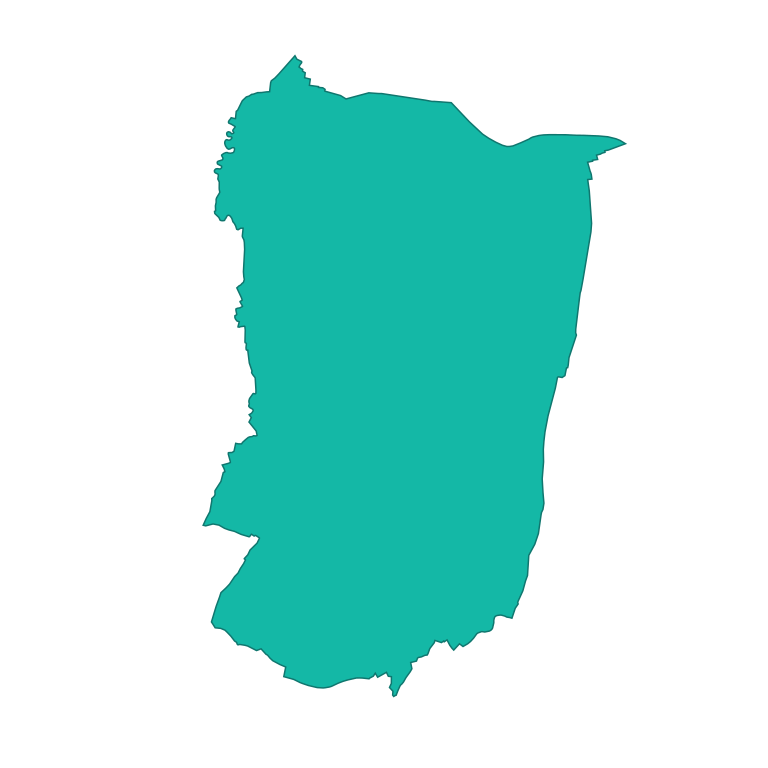 outline of Phak Hai, Phra Nakhon Si Ayutthaya, Thailand, rotated 279°
{"feature_id": "78962969B77944548728252", "entity_name": "Phak Hai", "entity_type": "district", "adm_level": 2, "iso_a3": "THA", "parent_name": "Thailand", "parent_adm1": "Phra Nakhon Si Ayutthaya", "projection": "albers", "projection_center": [100.331, 14.454], "detail": "fine", "context": "isolated", "style": "filled", "palette": "teal", "viewbox_px": 768, "rotation_deg": 279, "n_neighbors": 0, "source": "geoboundaries", "source_scale": "gbopen_adm2", "svg_char_len": 6116}
<svg xmlns="http://www.w3.org/2000/svg" viewBox="0 0 768 768"><g transform="rotate(279 384 384)"><path d="M672.4,406.4L671.0,389.7L670.6,387.1L670.8,380.4L670.5,336.3L670.0,332.8L669.2,323.4L659.6,301.9L662.1,296.0L664.0,279.8L664.2,279.6L665.8,279.7L667.0,277.2L666.7,272.9L667.5,272.8L667.3,263.6L673.6,263.5L674.1,257.7L679.1,257.5L680.2,254.6L682.0,254.5L682.8,252.1L683.4,251.4L683.8,250.5L685.9,251.0L688.3,252.3L688.9,252.4L689.6,252.1L691.2,247.1L694.3,244.7L673.9,231.7L669.0,228.3L665.9,225.3L664.0,224.9L654.8,225.3L654.1,222.1L652.7,217.4L652.0,213.6L649.8,209.5L649.4,208.0L647.3,205.7L646.0,203.1L641.7,199.8L639.6,199.1L631.5,196.6L630.2,195.4L622.9,195.8L622.8,195.6L623.1,191.4L621.3,190.6L620.1,189.8L618.9,189.4L618.0,189.5L617.4,189.9L616.6,192.8L615.0,196.7L614.2,196.6L611.6,195.2L610.8,195.0L610.1,195.2L609.0,196.3L608.1,196.1L607.3,194.6L608.7,192.4L608.8,190.9L608.2,189.9L607.2,189.4L606.0,189.6L605.2,190.0L604.4,190.7L604.0,191.8L604.2,194.1L604.1,194.8L603.6,195.2L602.9,195.2L601.5,194.3L600.7,193.3L600.5,192.2L600.8,190.6L600.5,189.9L599.8,189.3L598.2,188.9L597.0,189.0L595.7,189.5L594.4,190.2L592.4,192.0L591.8,193.1L591.6,193.8L592.0,195.0L593.6,197.0L593.9,198.6L593.6,199.2L593.0,199.6L591.6,199.7L590.1,199.5L589.3,199.1L588.8,198.6L587.9,196.3L587.8,194.2L588.1,192.9L587.8,191.6L586.6,189.6L585.0,188.0L584.6,187.8L584.1,188.0L581.9,189.6L580.7,189.6L579.9,189.0L578.1,185.3L577.4,184.7L576.7,184.6L575.5,185.0L575.1,185.5L574.0,188.9L573.7,189.5L573.1,189.7L572.1,189.7L571.0,188.9L570.7,188.2L570.6,185.7L570.2,184.4L569.4,183.6L568.2,183.1L567.0,183.4L566.4,184.0L566.0,184.8L565.5,186.8L564.8,187.6L563.5,187.8L560.5,187.8L557.7,189.7L551.6,190.6L550.2,190.9L547.8,191.8L546.9,191.6L541.9,189.6L540.2,189.3L537.1,189.8L533.6,189.6L528.8,190.6L528.5,190.4L528.0,189.6L526.2,190.1L525.7,190.5L522.7,194.8L520.1,196.6L519.9,197.9L520.1,199.5L520.6,200.9L522.0,201.3L523.3,202.0L525.5,202.7L526.3,203.7L526.3,204.9L525.6,206.0L524.1,207.5L523.0,208.2L520.6,209.4L519.0,211.2L516.8,212.8L513.8,214.3L513.5,215.7L515.5,218.2L515.8,220.5L507.9,220.9L507.1,221.2L504.4,223.1L502.0,223.9L495.1,225.3L472.8,227.6L468.2,228.7L465.3,229.7L462.3,229.2L461.3,228.2L459.3,226.9L458.3,225.5L455.9,223.6L446.9,229.7L444.9,230.7L444.4,230.7L443.1,229.0L442.7,228.9L438.7,232.1L438.4,232.0L436.7,229.8L435.8,227.2L434.9,226.0L433.4,226.3L429.7,227.7L429.2,227.5L428.2,226.1L426.7,226.2L425.2,226.9L423.4,228.7L423.2,229.1L422.8,231.3L417.9,230.8L417.5,230.9L417.5,232.2L418.2,233.4L419.2,236.9L419.2,237.3L418.9,237.6L415.6,238.5L403.8,240.1L403.1,240.4L402.8,241.4L402.3,241.8L398.5,242.0L396.7,242.4L396.0,242.9L396.2,244.1L383.6,247.7L376.2,251.6L375.0,251.4L374.3,251.6L372.6,253.0L370.1,255.7L369.5,255.9L357.8,258.5L354.9,258.9L354.4,258.7L354.1,258.3L354.2,256.5L353.9,256.1L348.7,253.5L346.4,253.2L345.0,253.4L343.4,254.1L341.4,253.8L340.7,254.0L339.7,255.2L338.6,258.2L337.6,258.9L336.9,258.9L335.2,258.2L334.3,257.6L332.6,255.6L330.0,258.2L325.3,256.6L317.6,265.1L313.4,266.7L313.1,266.5L312.6,265.3L312.5,263.2L311.5,262.1L310.8,259.7L310.0,258.3L307.2,255.8L304.2,253.4L302.6,252.7L302.1,249.5L302.2,246.8L294.2,246.4L292.6,244.7L291.9,241.3L291.6,241.0L290.3,241.2L283.5,244.3L282.4,244.5L281.3,242.7L278.7,236.9L275.2,239.4L272.5,240.6L272.1,240.3L271.7,239.3L271.4,239.1L262.3,238.2L252.3,233.8L250.9,233.9L248.8,234.4L247.5,234.2L246.5,233.8L243.9,231.8L241.8,232.2L230.7,232.0L223.2,229.4L216.2,227.5L216.0,230.1L219.0,237.0L218.8,243.1L216.5,249.1L215.6,253.7L215.1,259.1L213.1,266.5L212.0,274.6L212.2,275.1L214.7,276.4L214.9,276.7L213.5,279.5L214.3,280.5L214.2,281.4L212.5,285.0L212.1,285.1L206.9,283.5L199.1,277.7L194.0,276.2L189.7,273.3L189.4,273.4L188.9,274.5L188.6,274.7L184.5,273.4L179.3,271.0L174.4,269.4L170.4,266.6L162.2,262.8L157.8,259.8L152.4,255.6L147.9,254.9L138.1,253.0L122.0,250.8L116.8,255.4L117.1,260.9L116.0,265.4L114.2,268.0L110.9,272.3L106.8,276.6L105.8,278.8L104.1,279.7L103.6,280.3L103.6,280.8L104.1,281.9L104.2,283.1L104.2,287.4L103.9,290.3L100.8,299.8L103.2,304.0L98.6,309.7L98.0,311.4L95.4,314.3L93.3,317.4L90.7,324.9L89.1,331.2L79.3,330.8L78.1,341.1L76.0,347.8L75.4,350.6L74.4,356.4L73.7,365.5L74.3,371.5L74.9,373.7L76.2,377.5L77.2,379.5L81.3,385.5L83.9,390.0L86.0,394.4L89.3,402.7L89.8,405.5L90.2,408.7L90.5,415.4L91.3,415.9L93.8,419.2L97.0,420.6L93.4,423.6L99.6,431.5L96.0,434.0L96.1,437.1L89.4,438.1L85.1,436.9L81.9,440.9L78.1,441.2L76.9,442.5L77.8,443.4L78.5,444.7L82.9,445.6L88.1,447.0L89.1,447.4L90.7,448.7L92.8,449.9L97.4,451.6L103.9,454.9L107.1,456.1L113.1,453.9L115.4,459.4L118.5,460.0L119.3,460.8L120.3,463.6L122.4,466.8L123.1,469.1L124.9,469.7L129.8,470.6L136.3,474.1L138.7,474.4L137.6,481.2L139.5,483.2L138.8,483.8L141.1,486.3L136.3,489.8L133.8,492.3L132.1,494.5L139.2,499.2L137.1,503.1L140.5,507.3L143.3,509.8L146.9,512.2L151.8,514.7L152.7,515.6L154.6,518.9L154.8,520.1L154.8,522.3L156.4,526.6L157.4,528.0L158.8,529.0L159.9,529.4L165.3,529.8L167.9,529.4L170.3,529.6L171.6,530.0L172.5,531.0L173.0,531.8L173.8,534.3L174.1,535.8L173.7,539.5L173.0,541.8L173.0,544.6L172.7,547.0L183.0,548.7L187.7,550.9L189.4,550.2L189.9,550.3L201.5,553.5L211.7,554.6L217.3,555.7L237.4,553.8L249.3,558.0L260.4,559.9L279.5,559.6L281.9,559.7L284.9,560.6L291.3,560.6L301.7,558.0L315.0,555.1L332.0,553.8L344.3,551.6L352.4,550.9L362.0,550.5L378.1,551.0L406.7,553.9L417.5,554.3L418.2,554.8L418.4,555.2L418.3,558.9L420.6,561.4L428.3,561.7L428.6,561.9L428.8,562.8L429.3,562.9L431.5,563.0L439.0,562.6L462.4,566.4L464.5,565.3L468.2,564.8L500.4,563.6L504.7,563.5L507.1,563.9L519.1,564.2L566.6,564.6L575.1,563.9L607.0,556.5L617.8,553.2L618.9,557.3L623.5,555.9L625.5,554.9L626.4,554.3L634.9,550.4L636.7,555.2L637.6,555.0L639.2,559.9L643.3,558.1L644.8,561.6L646.3,563.6L647.3,565.9L647.5,566.1L648.9,565.5L650.1,568.9L659.1,584.9L661.5,579.1L662.5,574.7L663.2,566.4L662.6,557.5L660.8,542.1L659.8,535.4L658.6,524.5L656.1,508.2L654.9,502.3L653.7,498.2L651.2,492.3L650.1,490.6L648.5,488.8L643.6,481.3L639.3,474.1L638.3,471.0L637.8,468.2L638.3,463.7L640.3,456.6L643.1,449.0L646.2,442.3L656.3,427.3L672.4,406.4Z" fill="#14b8a6" stroke="#0f766e" stroke-width="1.5"/></g></svg>